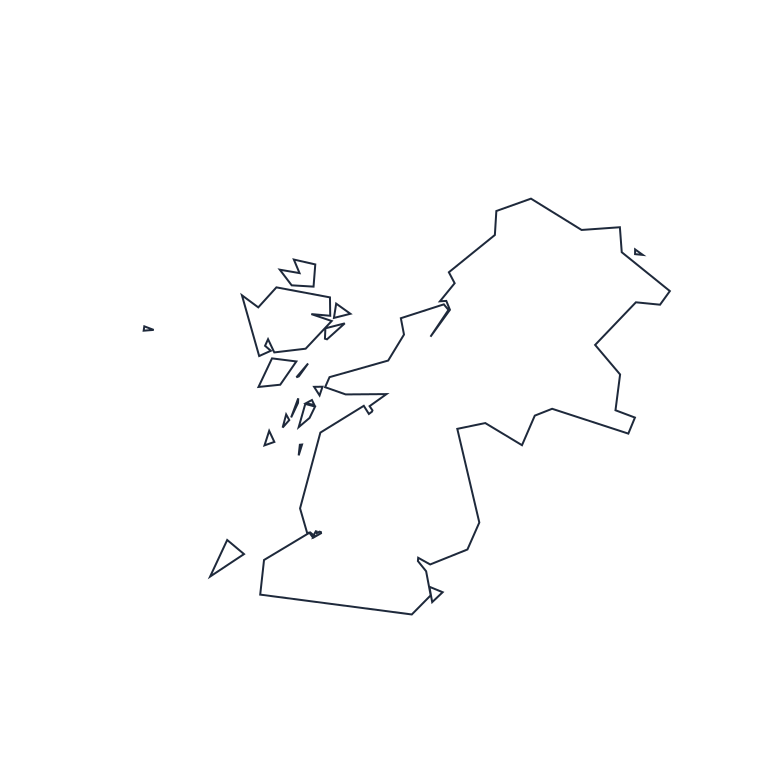 outline of Belitung, Bangka-Belitung, Indonesia, rotated 30°
{"feature_id": "22746128B80009106787015", "entity_name": "Belitung", "entity_type": "district", "adm_level": 2, "iso_a3": "IDN", "parent_name": "Indonesia", "parent_adm1": "Bangka-Belitung", "projection": "robinson", "projection_center": [107.612, -2.94], "detail": "medium", "context": "isolated", "style": "outline", "palette": "slate", "viewbox_px": 768, "rotation_deg": 30, "n_neighbors": 0, "source": "geoboundaries", "source_scale": "gbopen_adm2", "svg_char_len": 1982}
<svg xmlns="http://www.w3.org/2000/svg" viewBox="0 0 768 768"><g transform="rotate(30 384 384)"><path d="M585.1,160.6L524.0,151.0L509.9,130.3L478.1,151.8L418.6,150.0L394.8,178.0L405.5,199.5L384.3,254.8L394.8,261.4L391.1,284.4L396.4,280.9L404.0,286.8L400.6,319.8L402.8,287.6L396.0,285.1L365.7,318.6L376.6,331.2L375.9,361.6L333.4,405.3L334.6,416.2L356.0,412.2L391.2,391.5L382.6,410.4L387.2,412.6L387.4,414.0L385.9,417.5L377.4,413.0L353.2,457.9L373.5,533.7L392.0,551.5L394.3,549.4L399.0,550.3L399.3,552.2L400.5,550.2L398.7,549.7L398.6,545.6L399.4,545.4L400.4,546.7L402.0,544.1L403.4,543.8L404.1,544.7L399.5,552.6L393.8,550.1L368.1,596.4L382.1,628.3L523.3,569.7L530.1,543.7L514.1,525.1L501.9,520.4L500.5,517.4L514.2,517.2L539.0,485.6L535.8,456.3L469.9,386.2L491.2,367.2L534.1,368.0L530.4,336.0L542.0,321.4L620.4,304.8L618.1,287.6L597.6,291.0L583.7,257.7L547.3,244.6L561.3,187.3L583.4,177.3L585.1,160.6ZM293.9,336.0L242.5,354.1L236.8,380.5L216.6,378.2L261.9,422.2L269.4,411.8L261.9,410.4L261.2,403.2L273.2,411.5L298.5,392.6L307.2,355.6L286.1,359.8L303.3,351.8L293.9,336.0ZM296.8,408.3L274.2,417.8L276.8,449.3L294.5,436.5L296.8,408.3ZM264.7,314.8L243.7,321.3L255.4,330.2L236.6,337.1L254.7,344.7L274.3,334.9L264.7,314.8ZM347.8,601.3L326.2,597.5L329.7,637.7L347.8,601.3ZM335.6,438.0L325.8,440.6L331.7,464.0L336.5,450.6L335.6,438.0ZM318.0,489.0L308.0,482.0L311.2,496.9L318.0,489.0ZM538.9,535.0L524.7,536.9L534.8,548.8L538.9,535.0ZM319.8,340.0L302.4,338.3L307.6,351.8L319.8,340.0ZM319.7,351.1L305.4,365.1L310.2,374.3L312.3,373.8L319.7,351.1ZM332.1,417.1L324.9,421.4L333.9,426.1L332.1,417.1ZM320.3,459.4L319.0,443.4L316.9,439.3L320.3,459.4ZM318.0,472.4L320.0,462.6L314.5,459.3L318.0,472.4ZM306.4,420.0L308.0,404.2L304.8,422.0L306.4,420.0ZM543.6,142.8L534.2,141.9L536.5,146.0L543.6,142.8ZM157.5,452.3L147.6,453.9L149.2,458.0L157.5,452.3ZM329.6,433.9L326.0,439.7L334.2,437.0L329.6,433.9ZM345.8,488.5L343.3,477.4L341.5,478.7L345.8,488.5Z" fill="none" stroke="#1e293b" stroke-width="2"/></g></svg>